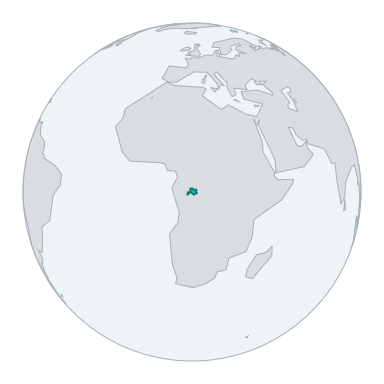 Cuvette highlighted on a globe, orthographic projection, rotated 14°
{"feature_id": "COG-3342", "entity_name": "Cuvette", "entity_type": "Region", "adm_level": 1, "iso_a3": "COG", "parent_name": "Republic of the Congo", "parent_adm1": "", "projection": "orthographic", "projection_center": [15.8, -0.78], "detail": "fine", "context": "on_globe", "style": "filled", "palette": "teal", "viewbox_px": 384, "rotation_deg": 14, "n_neighbors": 0, "source": "natural_earth", "source_scale": "10m", "svg_char_len": 7802}
<svg xmlns="http://www.w3.org/2000/svg" viewBox="0 0 384 384"><g transform="rotate(14 192 192)"><circle cx="192" cy="192" r="169" fill="#eef3f6" stroke="#a8b0b8"/><path d="M113.0,42.7L110.5,44.1L105.2,47.1L103.6,48.3L109.6,45.0L100.5,51.1L96.1,56.2L93.7,58.2L87.2,61.8L84.9,61.9L76.6,68.7L83.1,63.8L76.8,69.7L76.3,70.7L77.3,70.4L80.1,68.1L78.2,70.2L71.0,75.4L72.6,73.4L74.9,71.7L73.7,72.1L68.8,76.5L66.1,79.6L63.2,82.7L71.9,73.2L81.2,64.4L91.3,56.4L101.9,49.1L113.0,42.7ZM26.4,158.4L27.2,155.5L25.3,165.3L27.3,156.2L26.8,160.8L29.8,160.1L29.1,162.3L31.3,173.7L36.8,178.7L38.0,185.9L37.1,190.4L39.6,191.7L39.7,194.7L52.5,199.2L61.2,206.7L62.4,217.0L58.0,228.9L60.9,253.9L54.9,262.2L58.0,272.2L61.3,286.8L57.1,285.7L63.1,292.9L64.6,297.2L63.2,297.6L67.1,302.6L66.2,302.7L69.7,306.0L74.5,312.4L80.4,317.6L85.5,322.7L89.4,325.6L89.0,325.5L90.3,326.7L92.4,328.3L88.6,325.6L86.0,323.6L79.1,317.7L76.6,315.4L76.3,315.1L74.2,313.1L67.2,305.8L68.9,307.7L57.3,294.0L49.5,282.5L33.4,249.0L30.9,242.3L29.3,237.5L26.2,224.5L24.2,211.4L23.2,198.1L23.2,184.8L24.3,171.6L26.4,158.4ZM97.1,331.3L89.9,326.6L93.0,328.7L89.9,326.1L95.6,329.7L97.1,331.3ZM90.3,324.5L89.8,323.1L91.2,323.9L91.9,325.1L90.3,324.5ZM358.9,165.6L359.0,166.7L358.4,162.9L355.5,152.6L357.7,164.6L360.0,175.6L360.9,188.1L360.3,183.7L359.1,172.8L358.0,168.8L356.4,158.2L351.8,142.5L351.1,144.9L349.3,138.8L342.9,126.1L340.8,129.4L338.7,144.8L341.5,160.6L339.4,167.5L329.3,144.3L323.7,129.3L320.8,130.6L309.9,118.1L293.0,117.1L290.0,113.4L287.0,115.1L279.2,111.4L274.4,105.5L269.9,105.9L282.7,121.5L287.4,121.3L290.4,115.3L293.2,121.1L300.6,126.3L294.6,140.3L268.6,153.1L265.1,141.3L240.1,110.6L240.3,107.3L240.2,106.9L239.8,106.3L238.6,111.7L233.9,106.0L248.3,126.7L251.2,136.0L268.2,153.8L266.9,155.6L272.1,159.4L287.5,155.0L287.8,159.0L281.1,177.6L258.9,203.7L261.3,221.5L258.8,236.8L243.7,247.1L243.9,259.1L235.9,263.4L234.7,270.2L227.6,277.5L216.3,284.5L198.3,284.9L198.1,278.7L190.5,266.9L180.3,238.3L185.8,225.0L184.5,214.9L171.4,193.0L174.3,180.7L170.6,175.7L163.0,177.2L158.6,171.3L153.9,171.4L124.1,177.1L114.5,169.8L102.0,147.2L107.0,137.6L107.1,127.2L141.2,91.5L149.4,92.9L177.3,87.7L180.9,88.7L178.6,96.1L200.4,104.9L206.2,98.5L224.9,103.4L236.7,103.2L239.2,89.4L219.8,89.3L215.5,82.9L230.2,77.3L247.0,78.4L245.8,76.0L234.4,70.5L237.4,66.5L230.3,68.4L233.8,70.8L229.5,72.3L226.0,70.3L227.2,68.8L222.0,67.8L217.6,76.0L220.7,79.4L207.3,81.1L211.2,87.0L207.8,89.9L200.1,81.1L200.2,77.9L186.5,69.4L185.2,72.8L198.0,81.3L194.4,80.7L192.7,86.2L191.1,81.5L177.5,72.2L164.9,75.0L150.2,89.3L142.6,91.1L135.5,89.0L139.4,75.2L156.1,73.0L157.7,68.9L153.1,63.7L158.6,63.7L158.8,61.6L165.0,60.9L172.5,55.6L178.6,54.8L180.4,48.9L183.8,47.9L181.7,51.5L183.6,54.0L198.6,53.3L201.2,52.0L201.2,48.4L205.3,49.0L203.4,45.7L211.4,44.5L200.0,43.5L199.6,40.2L203.9,37.8L201.7,36.7L194.8,40.8L193.9,42.7L196.4,44.4L192.1,50.5L187.2,51.7L183.9,45.3L176.5,46.6L177.1,41.8L195.4,32.6L203.7,31.4L219.6,35.2L218.4,36.8L212.0,36.0L218.9,39.4L217.9,37.8L221.3,38.6L221.9,36.3L224.3,36.8L220.6,34.0L223.7,34.3L226.0,36.1L229.5,33.8L235.5,34.4L235.1,33.8L233.0,32.8L242.2,34.7L241.4,34.2L238.2,33.3L234.6,31.8L231.9,30.0L235.3,30.7L236.7,31.5L244.7,34.5L247.9,36.8L249.0,36.9L247.0,35.2L237.2,31.4L234.7,30.2L239.5,31.7L237.6,31.1L237.3,30.8L240.2,31.3L235.0,29.6L228.5,27.0L240.0,30.0L251.3,33.8L262.2,38.3L272.9,43.7L283.1,49.7L292.9,56.5L302.2,63.9L310.9,71.9L319.0,80.6L326.6,89.8L333.4,99.5L339.6,109.7L345.0,120.3L349.6,131.2L353.5,142.4L356.6,153.9L358.9,165.6ZM130.7,108.7L130.0,111.7L130.7,108.7ZM265.7,87.4L275.1,88.4L269.1,80.1L272.2,79.9L269.0,77.3L268.6,79.5L260.6,72.7L264.0,70.7L261.9,67.5L258.7,67.1L253.7,72.0L265.2,81.4L263.8,84.6L265.7,87.4ZM30.0,160.0L30.1,161.8L29.4,161.9L30.0,160.0ZM33.0,138.1L33.3,138.8L32.5,139.7L33.0,138.1ZM31.7,138.6L32.0,137.9L33.2,134.4L32.7,137.9L31.1,140.8L31.5,139.2L31.7,138.6ZM77.3,69.4L77.8,69.1L78.2,69.2L76.8,70.2L77.3,69.4ZM87.1,64.9L83.8,68.6L85.2,66.4L82.7,68.2L82.5,66.3L92.4,59.1L88.0,62.5L87.1,64.9ZM85.0,62.4L84.0,64.0L84.7,62.6L85.0,62.4ZM153.7,52.2L156.1,53.1L154.3,55.5L146.6,57.9L149.1,54.3L153.7,52.2ZM160.1,54.1L158.9,47.9L163.7,46.6L161.2,48.3L164.4,48.1L161.3,50.8L167.0,56.2L165.8,58.8L152.2,60.9L157.3,58.6L154.6,57.6L160.1,54.1ZM147.5,38.9L147.0,37.4L157.9,36.3L157.1,37.9L149.3,40.0L145.8,39.4L147.5,38.9ZM137.2,32.2L132.4,34.0L131.0,34.5L127.1,36.5L121.7,38.7L124.4,37.2L117.4,40.8L117.6,40.4L113.3,42.8L118.1,40.0L137.2,32.2ZM154.2,27.3L155.4,27.1L156.4,26.8L158.8,26.3L161.2,25.9L163.2,25.5L169.3,24.6L170.7,24.7L172.8,24.3L177.5,23.9L179.2,24.2L175.0,24.4L180.0,24.7L175.1,25.2L176.0,25.2L172.9,25.9L170.6,27.0L168.2,27.2L168.3,27.6L166.3,28.2L165.7,28.9L161.2,29.7L160.1,30.6L158.6,30.5L157.9,32.0L156.5,31.3L153.6,32.4L156.5,32.5L134.1,37.8L125.8,41.3L119.7,45.0L118.0,44.0L122.7,40.2L130.5,36.0L138.8,33.0L136.5,33.4L139.8,32.2L140.2,32.4L141.5,31.4L144.3,30.6L151.3,28.3L151.5,28.0L153.6,27.5L154.2,27.3ZM171.5,24.3L170.8,24.4L166.9,24.9L171.5,24.3ZM184.5,85.9L187.2,86.1L191.4,85.6L190.3,89.4L184.5,85.9ZM175.0,79.6L177.4,79.0L178.0,83.5L175.2,83.5L175.0,79.6ZM178.2,75.1L177.5,78.6L176.2,76.7L178.2,75.1ZM183.9,51.0L186.4,50.5L186.8,51.3L185.7,52.6L183.9,51.0ZM192.9,27.0L190.7,26.6L191.3,26.4L189.2,25.4L192.6,25.2L195.2,25.7L192.9,27.0ZM236.2,91.7L233.1,94.3L231.2,93.0L232.6,92.4L236.2,91.7ZM210.9,91.6L216.9,93.2L210.5,92.6L210.9,91.6ZM196.3,26.6L195.0,26.1L197.5,26.4L196.3,26.6ZM195.0,25.1L197.9,25.2L192.8,25.1L195.0,25.1ZM281.3,317.9L280.9,320.0L279.1,320.1L281.3,317.9ZM284.8,234.5L271.6,261.5L264.5,261.5L264.2,253.6L269.8,237.2L278.4,232.7L282.9,225.4L284.8,234.5ZM359.7,212.7L359.7,212.1L360.0,210.0L359.7,212.7ZM360.2,207.7L360.1,209.2L360.3,200.1L357.4,175.4L358.5,176.2L360.9,191.6L360.8,194.0L360.8,200.3L360.2,207.7ZM342.1,162.2L345.2,172.0L343.7,173.5L342.1,162.2ZM223.8,27.6L223.0,28.9L224.6,30.5L229.1,32.0L222.4,30.7L219.9,28.3L223.8,27.6ZM226.7,26.6L227.1,26.7L223.7,26.0L226.7,26.6ZM224.6,26.2L219.4,25.4L217.3,25.0L221.8,25.7L224.6,26.2ZM207.9,25.0L207.4,25.3L205.4,25.0L207.9,25.0Z" fill="#d9dde1" stroke="#a8b0b8" stroke-width="1"/><path d="M197.1,191.9L196.8,192.4L196.7,192.5L196.4,192.7L196.3,192.8L196.1,192.8L195.9,192.9L195.7,192.9L195.6,193.0L195.4,193.2L195.3,193.3L195.1,193.4L195.0,193.5L194.9,193.7L194.9,193.8L194.7,194.1L194.6,194.3L194.4,194.4L194.3,194.2L194.3,194.3L194.3,194.2L194.2,194.2L194.0,194.3L193.9,194.2L193.7,194.1L193.5,193.8L193.4,193.7L193.2,193.5L192.9,193.3L192.7,193.2L192.4,193.2L192.1,193.0L192.1,192.9L191.9,192.8L191.8,192.7L191.7,192.5L191.4,192.5L191.2,192.5L190.9,192.6L190.8,192.8L190.7,192.8L190.5,193.0L190.4,193.0L190.1,193.4L190.1,193.5L189.9,194.0L189.7,194.2L189.6,194.3L189.4,194.4L189.1,194.5L188.9,194.6L188.9,194.8L188.7,194.9L188.7,195.0L188.4,195.4L188.4,195.5L188.2,195.5L187.9,195.7L187.8,195.4L187.9,195.2L187.9,194.8L187.9,194.7L188.0,194.7L187.9,194.6L187.8,194.4L188.0,194.3L188.1,194.2L188.0,193.9L188.0,193.7L188.1,193.4L188.0,193.2L188.4,193.1L188.6,193.1L188.8,193.0L189.4,193.0L189.6,192.9L189.8,192.8L190.1,192.5L190.1,192.3L190.2,192.2L189.7,191.7L189.8,191.6L190.0,191.4L190.1,191.2L189.9,190.6L189.8,190.4L189.6,190.4L189.4,190.2L189.3,189.9L189.3,189.7L189.5,189.6L189.8,189.6L190.0,189.6L190.4,189.3L190.3,189.1L190.1,189.0L190.0,188.8L190.3,188.7L190.5,188.5L190.8,188.6L191.0,188.6L191.3,188.6L191.4,188.4L191.5,188.4L191.8,188.3L192.0,188.4L192.3,188.4L192.3,188.5L192.5,188.5L192.8,188.7L192.8,188.8L192.9,189.0L193.0,189.2L193.0,189.3L193.3,189.4L193.4,189.5L193.5,189.5L195.7,188.5L195.8,188.6L196.1,188.9L196.1,189.1L196.1,189.3L196.0,189.5L196.0,189.8L196.0,190.0L196.0,190.3L196.0,190.5L195.9,190.7L196.0,190.7L196.1,190.8L195.9,191.0L196.0,191.1L196.1,191.4L196.2,191.5L196.2,191.8L196.3,191.9L197.1,191.9L197.1,191.9Z" fill="#14b8a6" stroke="#0f766e" stroke-width="1.5"/></g></svg>